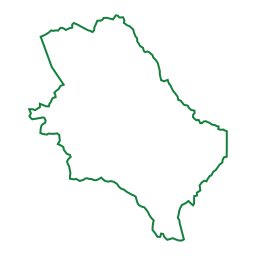 the district of Ivaí, Paraná, Brazil
{"feature_id": "56859067B22036579453125", "entity_name": "Ivaí", "entity_type": "district", "adm_level": 2, "iso_a3": "BRA", "parent_name": "Brazil", "parent_adm1": "Paraná", "projection": "orthographic", "projection_center": [-50.861, -24.996], "detail": "fine", "context": "isolated", "style": "outline", "palette": "green", "viewbox_px": 256, "rotation_deg": 0, "n_neighbors": 0, "source": "geoboundaries", "source_scale": "gbopen_adm2", "svg_char_len": 2961}
<svg xmlns="http://www.w3.org/2000/svg" viewBox="0 0 256 256"><path d="M29.2,109.2L30.9,113.3L29.4,116.1L30.7,118.0L32.3,119.3L40.7,117.9L42.4,117.4L44.3,117.8L45.6,120.4L45.1,122.8L42.0,124.8L41.0,127.0L40.6,129.8L40.4,133.1L42.6,133.9L44.8,134.3L46.9,134.6L48.4,133.6L52.2,133.8L54.2,133.8L57.1,133.4L59.2,134.9L59.5,137.8L59.8,140.9L57.8,144.0L60.5,145.3L63.3,146.9L63.9,149.9L66.7,153.7L69.9,155.0L70.7,156.9L68.2,159.3L67.0,161.5L68.0,164.3L69.0,166.0L70.0,170.7L70.4,173.4L69.9,175.9L70.0,178.7L73.8,179.4L76.2,178.9L79.8,181.0L83.5,179.8L85.2,178.5L87.4,178.3L89.4,179.0L91.8,179.1L93.9,180.1L96.1,180.2L98.4,179.3L101.2,177.6L103.0,179.4L105.3,181.1L108.4,181.6L110.9,181.1L113.8,181.8L117.2,184.1L118.7,186.4L120.7,188.4L123.7,189.5L127.0,192.0L129.4,193.3L131.0,194.3L133.7,195.4L135.7,196.7L136.8,200.7L137.8,203.6L139.1,205.3L141.4,206.5L144.2,207.3L146.5,210.0L148.1,212.3L148.9,214.2L150.7,217.2L153.7,220.5L153.0,223.5L152.7,226.3L152.5,229.9L153.9,231.6L155.6,233.9L157.6,236.9L160.3,236.8L161.1,233.6L163.1,233.9L164.1,236.5L165.3,238.0L167.3,239.8L170.4,238.9L172.8,238.2L175.9,239.5L178.3,240.3L180.0,240.6L181.9,240.5L183.9,239.4L179.8,223.5L179.3,220.1L177.8,217.7L178.5,215.1L178.9,213.0L179.4,210.3L180.3,208.0L181.9,204.9L184.1,204.0L185.9,203.0L188.5,201.0L190.4,203.0L193.0,205.3L194.1,203.6L194.1,200.5L194.2,196.1L196.9,195.6L196.9,192.6L198.5,191.7L200.3,190.5L200.0,187.9L199.6,185.4L201.5,182.8L202.8,181.6L204.8,180.7L206.5,181.3L207.6,179.1L209.7,176.0L211.4,175.4L212.2,173.6L213.6,171.4L215.5,170.3L217.5,167.6L219.5,164.7L222.4,162.4L222.6,159.8L224.1,157.2L226.7,156.7L226.8,146.1L226.8,131.2L224.9,130.5L223.1,129.5L220.9,129.8L218.3,129.1L218.6,126.5L216.7,126.1L214.7,125.0L212.2,124.7L209.4,122.8L205.7,121.2L203.8,121.5L202.0,123.1L200.2,123.0L198.6,119.9L196.4,120.2L194.6,118.9L193.0,117.1L193.1,114.8L194.6,113.1L194.4,110.6L191.4,110.0L189.3,108.4L187.8,105.7L183.9,104.7L180.7,100.7L178.2,99.8L177.6,96.6L175.1,93.3L173.5,91.4L172.2,89.2L170.5,85.5L169.1,83.8L168.3,81.9L167.7,79.9L164.0,81.3L161.1,80.1L159.8,74.2L159.8,70.8L159.0,67.8L158.4,65.4L157.8,63.2L156.5,61.0L155.0,59.2L153.3,57.5L152.5,55.1L149.2,52.3L147.6,51.5L145.2,52.1L143.7,50.8L143.0,47.8L140.3,46.2L137.2,41.2L137.1,38.3L135.5,36.4L134.0,32.7L133.2,29.5L129.6,26.2L127.0,25.2L123.8,22.8L124.4,20.4L123.1,17.3L119.3,17.5L117.8,15.6L115.8,15.4L114.5,17.3L113.0,19.4L106.7,17.8L103.6,18.0L102.6,19.6L100.8,20.6L97.4,20.7L95.7,24.6L94.4,27.3L94.1,30.3L92.4,32.1L90.3,30.8L88.3,30.4L86.2,29.3L80.7,26.4L78.3,25.0L76.4,24.1L73.8,23.0L72.2,24.5L72.2,27.7L69.3,28.3L65.9,30.0L63.3,28.2L60.6,27.8L58.1,30.6L55.8,30.4L53.2,30.9L51.2,30.4L48.8,32.5L45.9,34.4L42.9,35.9L40.7,36.7L51.8,67.1L63.7,84.7L60.5,85.9L58.7,89.0L55.9,91.1L54.3,92.9L55.3,94.7L55.6,97.2L52.9,97.9L51.8,99.6L50.8,102.0L49.3,104.1L49.0,106.3L46.4,106.4L42.4,104.8L39.9,103.8L39.9,107.2L37.4,108.7L35.1,110.1L32.5,109.2L29.2,109.2Z" fill="none" stroke="#15803d" stroke-width="2"/></svg>